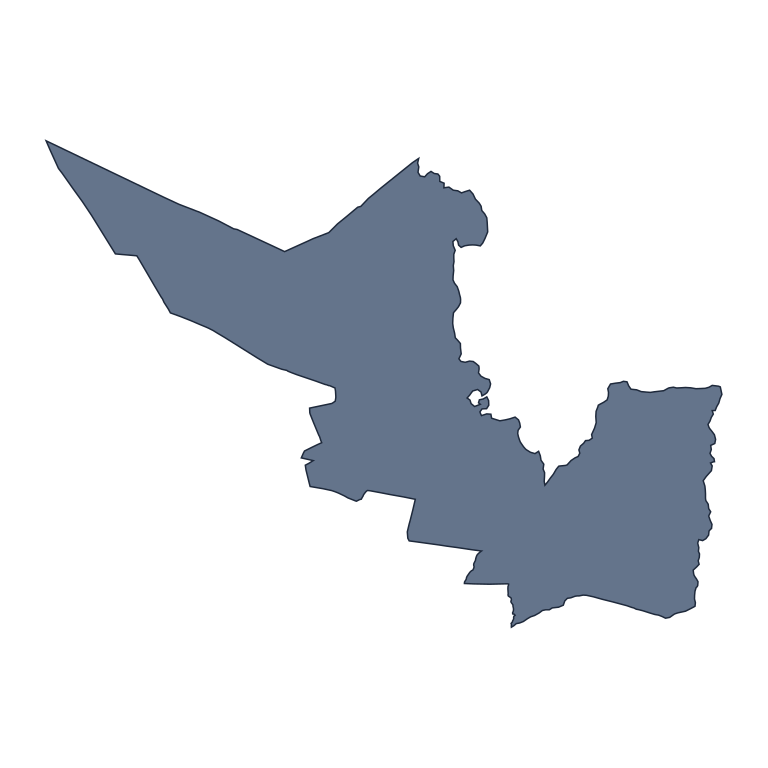 Marakwet West, Rift Valley, Kenya (Mercator projection)
{"feature_id": "3690345B12316778885623", "entity_name": "Marakwet West", "entity_type": "district", "adm_level": 2, "iso_a3": "KEN", "parent_name": "Kenya", "parent_adm1": "Rift Valley", "projection": "mercator", "projection_center": [35.451, 1.024], "detail": "fine", "context": "isolated", "style": "filled", "palette": "slate", "viewbox_px": 768, "rotation_deg": 0, "n_neighbors": 0, "source": "geoboundaries", "source_scale": "gbopen_adm2", "svg_char_len": 6125}
<svg xmlns="http://www.w3.org/2000/svg" viewBox="0 0 768 768"><path d="M714.5,461.7L714.0,458.6L711.6,456.3L710.0,453.4L711.3,449.6L710.7,445.4L714.8,443.5L715.6,439.4L714.4,434.7L712.2,431.7L709.8,428.7L709.0,427.4L708.0,424.4L710.0,421.1L711.3,417.4L713.3,414.1L712.2,410.6L715.2,410.5L716.6,406.9L718.8,403.0L720.0,398.7L721.9,394.4L720.3,386.9L718.6,386.2L712.2,385.4L709.1,387.2L705.3,388.3L701.2,388.5L696.0,388.7L690.7,387.8L685.5,387.5L680.6,387.8L676.7,388.0L673.4,387.2L669.4,387.8L668.4,388.1L663.7,390.7L654.2,391.8L650.4,392.4L646.5,392.1L641.2,391.6L636.6,389.8L631.0,389.2L628.7,385.9L627.0,381.8L623.4,381.3L620.3,382.6L615.3,383.2L610.5,384.0L607.8,388.7L608.5,392.4L608.3,396.2L607.1,399.9L603.6,402.3L600.0,404.2L598.3,405.2L597.8,407.0L596.1,411.3L595.8,416.4L596.2,422.7L594.5,428.2L591.6,434.6L592.3,438.1L589.1,440.3L585.5,440.6L583.7,443.2L580.4,446.1L578.9,449.9L579.8,453.2L578.1,456.5L575.1,457.8L571.1,460.5L567.1,464.9L565.6,465.4L558.9,466.1L557.9,467.2L556.1,469.5L553.6,473.8L553.0,474.7L550.4,478.0L547.5,482.1L544.9,485.2L544.2,481.4L544.5,476.7L544.6,472.7L543.1,469.0L543.8,464.2L541.0,460.2L540.3,455.7L538.6,451.3L535.0,453.6L530.5,452.3L526.3,449.7L525.3,448.8L523.5,446.7L521.9,444.4L520.3,442.0L519.8,440.8L518.5,437.0L517.7,433.5L518.1,430.3L520.4,427.0L519.7,423.0L518.5,419.9L515.1,417.1L509.9,418.8L505.2,419.9L499.8,420.8L491.6,418.2L490.9,414.2L486.7,413.9L481.5,415.6L480.5,413.5L479.9,411.9L482.1,408.9L486.6,408.7L488.8,405.2L488.6,400.6L486.8,396.9L483.1,399.0L479.4,399.8L478.5,402.8L480.3,404.3L474.6,406.5L471.1,403.6L470.0,400.1L467.1,398.0L469.7,395.1L470.8,393.5L472.7,391.0L477.6,389.5L481.0,392.0L482.0,395.9L485.1,394.1L486.8,392.8L487.6,391.7L489.7,387.7L490.6,383.9L489.2,379.6L485.0,378.4L481.0,376.2L478.5,372.9L479.1,369.0L479.0,367.1L478.8,366.0L475.8,363.4L473.2,361.5L469.5,361.1L465.2,362.3L460.9,361.4L458.9,358.8L461.2,353.9L460.5,348.0L460.4,343.5L457.7,340.3L455.3,337.8L454.6,333.1L453.3,327.8L452.7,323.4L452.9,318.2L453.5,312.7L456.3,309.5L458.5,306.7L460.5,302.9L460.6,299.4L460.4,297.5L459.5,294.3L459.0,292.0L458.7,290.9L457.2,286.7L454.5,283.2L453.0,279.9L453.1,276.2L453.7,270.5L453.3,265.6L454.0,261.6L453.8,258.2L453.8,254.3L455.2,250.3L453.3,245.8L452.9,241.5L456.2,238.7L457.9,241.7L458.6,245.1L461.1,247.4L464.7,245.8L468.9,245.1L472.6,244.9L474.4,245.0L476.1,245.1L480.3,245.9L482.7,243.1L485.0,238.5L487.7,231.9L487.2,222.4L486.8,217.8L484.7,213.9L481.8,210.5L481.1,206.2L479.2,203.1L475.4,199.1L473.0,194.0L469.6,190.2L464.8,191.7L461.5,192.9L457.8,190.8L453.3,190.2L448.9,187.1L443.9,187.8L444.1,183.2L439.8,181.4L439.7,176.3L437.9,174.0L434.2,173.5L431.0,171.4L427.5,173.7L424.7,176.8L420.2,176.0L418.0,172.3L418.8,166.9L417.6,163.2L418.7,158.4L412.4,162.7L380.8,188.1L373.3,194.4L368.4,198.4L360.8,206.4L357.7,207.2L347.2,216.0L337.5,223.9L328.8,232.6L313.0,238.7L308.5,240.8L284.6,251.6L272.9,246.1L237.2,229.5L233.6,228.8L218.8,221.0L200.0,212.4L198.6,211.8L197.1,211.3L179.0,204.3L163.5,197.1L46.1,140.8L50.0,149.8L58.5,168.5L62.2,173.3L73.4,189.2L82.5,201.8L91.5,215.3L115.4,253.9L121.9,254.5L128.0,255.0L136.8,255.8L139.0,259.3L150.0,278.1L154.3,285.5L160.0,295.1L161.5,297.6L162.4,298.7L164.0,302.3L168.3,309.0L170.4,312.9L180.9,316.7L190.5,320.5L199.6,324.4L206.1,327.1L208.8,328.3L210.1,329.0L213.1,330.5L217.8,333.4L224.9,337.6L257.1,357.8L261.8,360.6L267.7,364.2L280.5,368.8L282.0,369.3L286.8,370.4L287.9,371.2L291.6,372.7L296.9,374.7L315.5,381.0L325.2,384.5L326.7,384.8L328.7,385.6L329.8,385.7L335.0,388.0L335.5,391.1L335.8,396.2L335.8,397.7L335.4,400.1L335.2,401.2L332.0,403.4L327.8,404.3L309.6,408.1L309.8,412.8L310.2,414.2L313.5,422.5L318.7,435.0L319.5,436.5L320.0,437.9L320.8,440.5L321.7,442.7L317.5,444.6L312.1,447.2L304.5,451.0L303.4,453.1L301.3,457.9L313.2,460.6L308.9,463.3L305.3,465.2L306.0,470.0L309.1,482.6L310.1,486.5L323.0,488.7L331.8,490.6L335.0,491.7L338.3,493.0L344.4,495.9L347.9,497.9L354.0,500.3L355.4,500.9L356.5,501.2L358.8,500.0L359.9,499.5L361.3,499.2L362.2,497.5L363.1,496.0L363.6,494.7L365.1,492.7L366.2,491.4L367.4,490.5L368.8,490.6L370.3,490.8L375.7,491.8L381.1,492.8L390.4,494.6L403.4,496.9L415.3,499.3L412.9,509.6L410.1,520.7L409.2,523.9L407.3,531.9L407.8,538.2L409.2,540.9L414.6,541.6L439.4,545.0L446.5,546.1L456.9,547.5L471.7,549.7L481.5,551.0L480.3,551.9L478.4,553.5L477.2,554.8L476.5,556.2L475.8,558.3L475.4,560.5L474.2,562.8L473.7,564.1L473.7,565.3L474.1,566.9L473.6,568.5L472.8,570.1L471.4,570.8L470.4,571.7L469.7,572.5L467.4,575.8L466.9,576.7L466.5,577.7L466.2,579.3L465.0,581.2L464.5,582.1L464.4,583.5L473.9,583.9L489.4,584.2L507.5,583.8L508.6,584.1L508.4,585.5L508.0,586.5L507.9,588.8L508.0,590.7L508.2,593.8L508.0,594.9L508.3,596.0L510.2,597.3L511.2,598.2L511.4,599.9L510.9,601.2L511.1,602.3L511.9,603.4L512.9,604.8L513.0,606.4L513.3,607.7L513.5,608.8L513.5,610.1L513.2,611.4L512.6,612.8L512.7,613.9L514.2,614.2L515.1,615.3L513.9,616.2L513.6,617.4L513.7,618.5L513.3,619.7L512.6,621.0L512.2,622.3L511.1,623.4L511.5,624.9L511.3,626.0L511.4,627.2L514.0,625.6L516.3,623.6L519.6,623.0L523.4,621.5L527.6,618.6L530.7,616.8L534.6,615.5L539.1,613.0L542.4,610.5L545.6,609.8L549.3,609.8L552.3,607.9L558.6,607.2L563.3,605.2L564.8,600.9L567.4,598.3L570.8,597.8L575.2,596.2L577.4,595.9L579.2,595.9L583.1,595.1L586.5,595.3L593.4,596.8L602.3,599.3L612.7,601.9L626.9,605.7L632.0,607.5L633.7,607.9L636.2,609.2L638.4,609.6L642.7,610.7L644.9,611.4L650.2,613.1L654.9,614.5L658.5,615.1L662.3,616.6L665.5,618.2L669.7,617.4L674.5,614.0L677.7,612.9L685.5,611.2L690.5,608.7L695.0,606.3L695.4,602.7L694.5,599.0L694.6,595.3L695.0,591.2L696.1,587.6L697.1,586.7L697.7,585.6L697.9,583.2L698.0,581.7L696.5,579.0L694.7,576.4L694.0,575.1L693.6,573.5L693.2,570.1L696.6,567.0L699.1,564.3L698.2,560.8L699.3,557.4L699.5,553.9L698.4,551.3L698.8,547.6L697.7,543.1L698.8,539.6L702.6,540.6L705.9,538.7L708.6,535.1L709.0,531.1L710.6,529.2L711.5,528.6L712.0,524.4L710.2,520.4L708.7,516.0L710.7,511.8L708.7,508.6L708.2,504.2L705.8,500.5L705.5,498.3L705.5,493.9L705.3,490.0L704.9,486.1L703.2,480.7L706.3,476.4L711.4,470.7L712.2,465.9L710.5,463.0L713.2,461.9L714.5,461.7Z" fill="#64748b" stroke="#1e293b" stroke-width="1.5"/></svg>